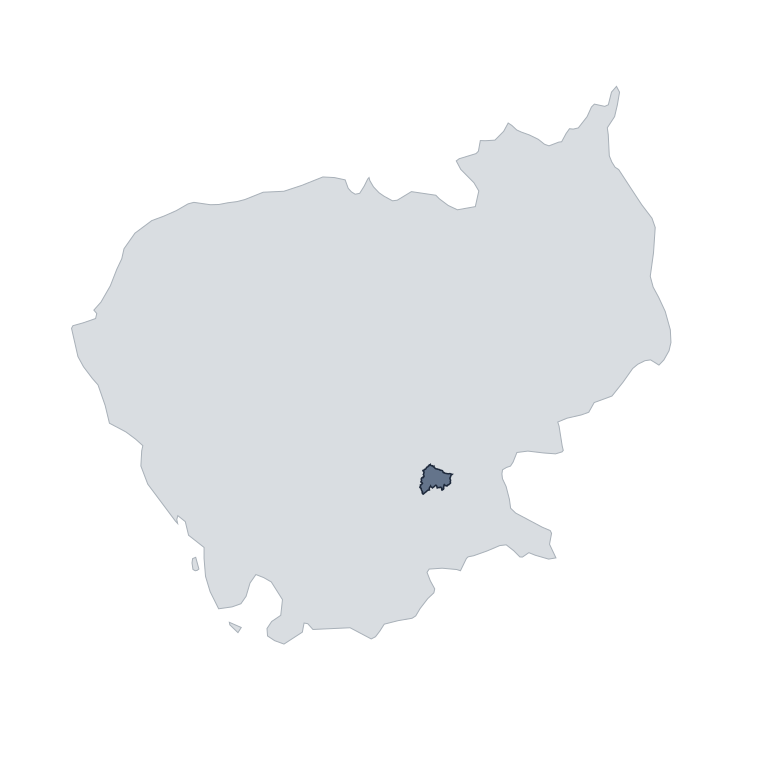 Pea Reang, Prey Vêng, Cambodia shown in context, rotated 349°
{"feature_id": "14789045B14089291645285", "entity_name": "Pea Reang", "entity_type": "district", "adm_level": 2, "iso_a3": "KHM", "parent_name": "Cambodia", "parent_adm1": "Prey Vêng", "projection": "orthographic", "projection_center": [105.246, 11.679], "detail": "fine", "context": "in_parent", "style": "filled", "palette": "slate", "viewbox_px": 768, "rotation_deg": 349, "n_neighbors": 0, "source": "geoboundaries", "source_scale": "gbopen_adm2", "svg_char_len": 7430}
<svg xmlns="http://www.w3.org/2000/svg" viewBox="0 0 768 768"><g transform="rotate(349 384 384)"><path d="M669.0,136.2L670.9,142.5L666.3,154.6L661.4,165.5L652.1,175.1L651.7,182.1L648.7,203.0L650.0,209.6L652.2,215.3L655.3,218.3L663.6,238.7L671.2,257.2L678.7,272.4L680.1,282.1L673.6,306.6L665.9,329.1L666.7,340.3L670.2,351.5L673.9,366.4L675.4,385.5L673.6,398.0L670.1,405.8L663.3,413.8L657.5,417.9L650.3,411.2L644.6,410.9L637.0,413.0L631.1,416.2L618.9,427.9L605.5,439.3L586.8,442.3L579.6,450.8L571.8,452.0L557.0,452.5L547.3,454.5L547.8,458.7L547.1,478.7L547.3,483.4L545.8,484.6L539.1,485.3L527.7,482.2L512.4,477.3L501.4,476.6L495.8,485.3L492.5,488.7L488.3,489.3L484.0,490.8L482.6,494.7L482.2,499.6L484.3,507.9L485.1,521.1L484.6,530.1L488.6,535.8L512.2,554.9L519.2,559.6L520.0,562.5L515.9,572.9L519.6,587.5L512.2,587.3L499.9,581.0L494.0,577.2L486.9,580.3L484.4,579.7L479.6,572.5L473.3,565.2L466.8,564.7L453.1,567.6L439.1,569.7L433.7,569.7L431.6,571.0L423.4,581.9L420.0,580.0L405.9,575.9L393.0,574.3L390.3,577.1L391.9,586.0L394.7,594.8L393.1,598.5L386.0,603.0L376.6,611.3L370.9,617.7L366.9,619.3L352.6,619.0L338.4,619.8L332.7,625.8L327.4,630.5L322.8,631.8L304.2,616.8L267.4,611.4L263.4,604.7L259.9,603.4L256.5,612.0L236.2,620.2L227.7,615.1L221.6,609.1L222.5,601.7L228.4,595.7L238.5,591.4L243.2,576.3L235.6,556.8L229.0,551.1L221.9,546.6L214.5,553.8L208.1,566.1L201.6,572.4L192.3,573.8L178.8,573.1L173.7,554.7L172.1,538.8L174.1,520.8L176.2,510.1L163.3,495.2L162.7,481.2L156.5,473.9L154.7,477.5L154.8,481.6L153.0,478.6L133.0,437.2L129.7,418.1L133.4,403.4L135.5,398.5L129.6,390.7L121.5,381.8L107.0,370.1L106.2,351.9L103.1,330.3L98.8,323.0L92.3,309.7L88.8,298.7L87.9,269.7L89.8,267.4L100.1,266.6L113.4,264.7L115.5,260.0L113.3,256.1L121.8,249.6L134.1,235.4L143.6,220.4L150.5,211.0L154.6,201.6L168.3,188.4L187.2,179.3L199.9,177.2L213.2,174.2L226.0,169.8L232.0,169.4L247.8,174.9L256.3,176.3L265.2,176.3L274.5,176.9L282.6,176.4L302.0,172.7L322.5,175.7L340.8,173.4L363.5,169.1L374.7,171.9L384.8,176.2L386.2,185.1L388.6,189.1L391.9,192.2L396.5,192.2L402.3,186.0L407.1,179.7L408.7,178.5L408.9,181.7L411.3,188.5L415.6,195.3L420.0,199.8L427.3,205.8L432.1,206.1L447.6,200.4L470.9,208.6L473.6,212.7L481.1,221.0L489.3,227.0L507.5,227.3L513.9,212.6L510.7,203.6L500.3,188.0L497.5,178.8L500.8,177.2L518.3,175.4L521.1,173.5L525.0,163.4L529.7,164.5L539.4,165.8L549.7,158.8L555.7,151.5L559.0,154.8L562.7,159.9L566.7,162.8L574.1,167.2L582.2,173.3L587.3,179.3L591.4,181.7L601.8,179.9L604.6,180.1L610.6,172.8L614.8,168.8L618.4,169.9L623.6,169.7L634.4,160.3L640.5,151.7L643.9,149.4L653.7,153.6L657.5,152.7L663.0,140.9L669.0,136.2ZM167.0,530.3L165.0,531.3L163.1,531.3L161.1,529.6L161.4,523.0L162.8,518.9L166.1,518.2L167.0,530.3ZM197.4,595.8L193.2,600.2L186.7,591.0L186.7,588.4L197.4,595.8Z" fill="#d9dde1" stroke="#a8b0b8" stroke-width="1"/><path d="M406.0,479.3L406.0,479.5L405.9,479.8L405.7,480.0L405.4,480.2L405.3,480.3L405.4,480.6L405.5,480.9L405.6,481.1L405.7,481.4L405.7,481.8L405.7,482.1L405.6,482.5L405.4,482.7L405.2,482.7L404.9,482.6L404.7,482.6L404.6,482.8L404.7,483.2L404.6,483.4L404.4,483.5L404.2,483.5L403.7,483.3L403.2,483.3L403.0,483.5L402.7,483.9L402.5,484.2L402.4,484.4L402.4,484.6L402.4,485.0L402.5,485.6L402.5,485.9L402.4,486.0L402.3,486.3L402.0,486.5L401.8,486.7L401.6,486.9L401.5,487.1L401.8,487.6L402.0,487.8L402.5,488.0L402.7,488.3L402.8,488.5L402.8,488.9L402.8,489.0L402.7,489.1L402.1,489.4L401.9,489.5L401.7,489.6L401.4,489.7L401.2,489.9L400.9,490.0L400.6,490.0L400.4,490.1L400.4,490.3L400.5,490.6L400.6,490.8L400.5,491.1L399.9,491.6L399.5,492.2L399.5,492.4L399.6,492.6L400.0,492.8L400.1,493.0L400.5,493.3L400.6,493.5L400.3,493.8L400.4,494.2L400.5,494.5L400.5,495.0L400.5,495.3L400.8,496.2L400.9,496.4L401.1,496.6L401.1,496.8L401.0,497.0L400.9,497.2L400.9,497.4L401.2,497.6L401.0,497.8L400.8,497.8L400.7,498.0L400.7,498.3L400.8,498.5L400.9,498.8L401.0,499.0L401.2,499.3L401.4,499.6L401.8,499.5L402.2,499.2L402.7,498.9L403.6,498.4L404.4,498.0L404.9,497.8L405.3,497.5L405.9,497.1L406.3,496.9L406.7,496.7L406.9,496.6L407.5,496.7L408.4,496.7L408.4,496.4L408.4,495.6L408.5,495.1L408.8,494.6L409.0,494.3L409.4,493.9L409.8,493.6L410.2,493.3L410.3,493.1L410.5,493.7L410.5,493.9L410.8,494.2L411.1,494.4L411.4,494.6L411.6,494.9L411.7,495.2L411.9,495.1L412.4,494.9L413.3,494.5L413.8,494.2L414.5,493.8L415.5,493.2L416.0,493.5L416.2,494.0L416.3,494.4L416.3,495.5L416.4,496.2L416.6,496.1L416.9,496.0L417.2,495.9L417.5,496.0L417.9,496.2L418.2,496.2L418.4,496.2L418.9,496.3L419.1,496.3L419.3,496.2L419.5,496.0L419.9,496.1L420.2,496.2L420.3,496.3L420.4,496.5L420.4,496.8L420.5,497.0L420.7,497.4L420.7,497.6L420.6,498.0L420.5,498.6L420.5,498.9L420.6,499.2L420.7,499.3L420.9,499.2L421.1,498.9L421.4,498.9L421.5,498.8L421.8,498.7L422.1,498.8L422.3,498.7L422.4,498.4L422.3,498.2L422.5,498.1L422.8,497.7L422.6,497.5L422.7,497.3L422.8,497.1L422.8,496.9L422.8,496.7L422.7,496.6L423.1,496.1L423.2,495.7L423.3,495.5L423.3,495.4L423.4,495.1L423.5,495.1L423.8,494.9L423.7,494.6L423.8,494.4L423.9,494.2L424.0,494.2L424.0,494.4L424.1,494.5L424.1,494.9L424.3,495.0L424.5,495.0L424.6,495.3L424.7,495.5L424.8,495.5L425.1,495.5L425.4,495.6L425.6,495.7L425.8,495.7L426.0,496.0L426.3,496.2L426.5,495.9L427.2,495.6L427.3,495.5L427.3,495.4L427.5,495.2L427.8,495.2L428.0,495.2L428.3,495.3L428.4,495.2L428.7,495.0L428.8,494.9L429.0,494.8L429.3,494.6L429.5,494.5L429.6,494.4L429.9,494.3L430.1,494.1L430.3,494.0L430.4,493.9L430.3,493.6L430.4,493.3L430.5,493.1L430.4,493.0L430.4,492.9L430.3,492.6L430.4,492.4L430.5,492.3L430.6,492.0L430.7,491.9L430.8,491.7L431.0,491.3L431.0,491.2L431.0,490.9L430.9,490.7L430.9,490.4L430.8,490.2L430.8,489.8L430.7,489.8L430.7,489.7L430.6,489.4L430.7,489.1L430.8,488.9L431.0,488.8L431.0,488.5L431.0,488.4L431.5,488.0L431.7,487.8L431.7,487.7L431.8,487.4L432.0,487.0L432.1,486.7L432.3,486.4L432.5,486.3L432.7,486.2L433.2,486.0L433.7,485.7L433.4,485.6L432.8,485.2L432.5,485.0L431.9,484.7L431.6,484.5L431.4,484.5L431.1,484.5L430.9,484.5L430.6,484.5L430.3,484.5L429.3,484.2L428.0,483.7L427.0,483.3L426.6,483.1L426.3,482.9L426.3,482.7L426.1,482.4L425.7,482.3L425.3,482.3L425.2,482.1L425.1,481.8L425.2,481.3L425.1,481.0L424.9,480.5L424.8,480.2L424.6,480.1L424.4,480.0L424.2,479.9L423.7,479.6L423.3,479.5L423.2,479.4L423.1,479.5L422.9,479.4L422.7,479.3L422.5,479.2L422.3,479.1L422.1,478.7L421.9,478.5L421.8,478.4L421.5,478.3L421.2,478.2L420.8,478.1L420.6,478.0L420.5,477.9L420.4,477.9L420.3,477.7L420.1,477.7L419.9,477.6L419.6,477.4L419.3,477.4L418.9,477.2L418.4,476.9L418.2,476.6L417.9,476.3L417.8,476.0L417.7,475.6L417.5,475.1L417.4,475.0L417.3,474.8L417.3,474.7L417.2,474.8L417.1,474.7L417.0,474.8L416.9,474.8L416.9,474.7L416.7,474.7L416.5,474.0L416.5,473.9L416.3,473.7L416.2,473.8L416.2,474.0L416.1,473.9L416.0,473.7L415.9,473.6L415.7,473.6L415.6,473.4L415.4,473.4L415.2,473.4L414.5,472.9L414.3,472.8L414.2,472.4L414.2,472.2L414.2,471.9L413.9,472.1L413.7,472.2L413.2,472.0L412.9,472.1L412.8,472.3L412.6,472.7L412.5,472.9L412.3,473.0L412.0,472.9L411.9,472.9L411.8,473.1L411.6,473.3L411.4,473.5L411.1,473.7L410.3,473.8L410.0,473.9L409.8,474.1L409.5,474.5L409.3,474.8L409.2,475.0L408.8,475.3L408.5,475.5L408.4,475.6L408.2,475.6L407.7,475.5L407.4,475.6L407.3,475.9L407.1,476.0L406.8,476.2L406.7,476.3L406.2,476.2L405.8,476.2L405.7,476.3L405.6,476.5L405.7,476.8L405.9,477.1L406.2,477.3L406.3,477.5L406.4,477.8L406.5,478.1L406.5,478.3L406.4,478.5L406.2,478.7L406.1,478.8L406.0,479.1L406.0,479.3Z" fill="#64748b" stroke="#1e293b" stroke-width="1.5"/></g></svg>